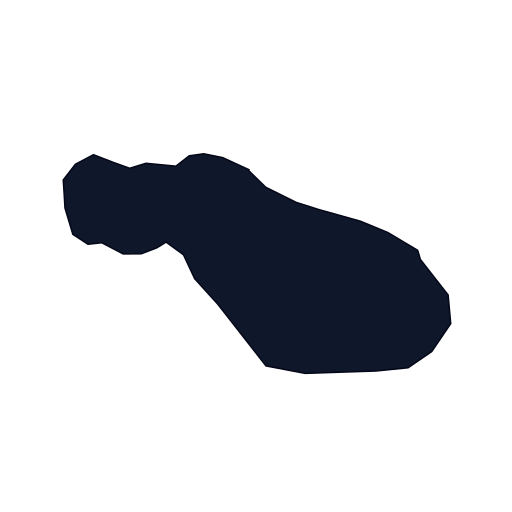 Kungälv, Västra Götaland, Sweden, rotated 232°
{"feature_id": "70781695B99737060400485", "entity_name": "Kungälv", "entity_type": "district", "adm_level": 2, "iso_a3": "SWE", "parent_name": "Sweden", "parent_adm1": "Västra Götaland", "projection": "robinson", "projection_center": [11.966, 57.915], "detail": "fine", "context": "isolated", "style": "filled", "palette": "ink", "viewbox_px": 512, "rotation_deg": 232, "n_neighbors": 0, "source": "geoboundaries", "source_scale": "gbopen_adm2", "svg_char_len": 695}
<svg xmlns="http://www.w3.org/2000/svg" viewBox="0 0 512 512"><g transform="rotate(232 256 256)"><path d="M328.3,303.6L354.1,290.3L368.8,277.7L376.1,265.0L376.1,248.2L396.8,226.4L402.9,210.5L417.6,201.2L435.9,190.3L439.5,170.2L434.6,150.9L422.4,142.6L422.0,142.3L411.4,135.0L385.8,125.0L371.4,129.9L368.7,130.8L361.4,142.6L339.4,152.6L328.4,166.9L323.5,182.8L322.3,193.7L301.6,199.6L275.9,193.7L241.7,196.2L205.1,196.2L163.2,196.2L133.2,222.5L110.7,253.4L91.6,279.6L74.3,307.0L72.5,335.6L82.8,367.8L107.0,383.4L152.1,383.4L160.8,386.9L160.7,387.0L193.0,374.5L219.0,359.8L254.5,333.7L273.5,320.7L304.2,306.0L327.9,302.8L328.3,303.6Z" fill="#0f172a" stroke="#020617" stroke-width="1.5"/></g></svg>